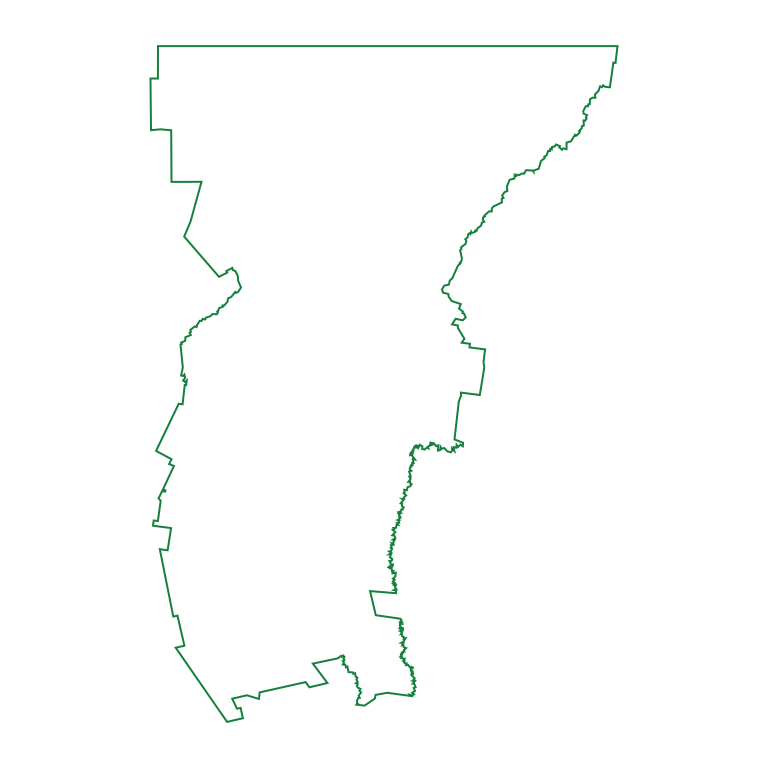 Brewarrina, New South Wales, Australia
{"feature_id": "25037944B28138275471855", "entity_name": "Brewarrina", "entity_type": "district", "adm_level": 2, "iso_a3": "AUS", "parent_name": "Australia", "parent_adm1": "New South Wales", "projection": "natural_earth1", "projection_center": [147.252, -29.95], "detail": "fine", "context": "isolated", "style": "outline", "palette": "green", "viewbox_px": 768, "rotation_deg": 0, "n_neighbors": 0, "source": "geoboundaries", "source_scale": "gbopen_adm2", "svg_char_len": 6111}
<svg xmlns="http://www.w3.org/2000/svg" viewBox="0 0 768 768"><path d="M387.2,692.8L411.2,696.0L410.2,694.9L412.3,695.5L414.0,694.3L412.1,692.9L415.0,691.0L413.7,687.9L415.6,687.1L414.0,683.4L412.9,683.5L414.6,681.4L413.0,680.9L414.8,680.3L413.6,679.5L414.6,678.1L411.4,675.1L411.5,673.8L413.1,673.9L412.6,671.3L411.6,671.8L410.7,669.9L412.9,667.8L411.6,666.8L410.4,667.8L408.0,664.8L406.2,665.2L406.6,663.4L405.2,663.5L404.0,662.2L404.5,661.0L403.3,660.8L404.6,658.7L401.3,658.2L401.8,656.7L400.4,656.7L402.4,653.8L401.2,653.9L401.9,652.4L404.4,651.6L403.8,650.3L406.1,648.1L403.8,647.3L403.4,645.1L402.2,645.3L403.4,643.1L401.4,642.8L403.5,641.8L405.5,638.3L403.7,638.8L404.0,637.2L402.1,636.1L401.9,634.1L400.9,634.2L402.0,632.7L400.6,631.3L402.8,630.7L403.0,629.0L400.6,629.9L401.9,628.1L399.7,628.1L400.8,626.5L399.8,625.7L400.0,623.7L401.6,623.9L400.3,622.5L402.1,622.4L400.7,620.9L401.5,620.1L400.3,618.7L375.8,615.2L370.1,591.1L396.0,593.2L396.3,590.7L393.9,590.1L396.3,589.1L394.9,587.0L395.6,585.8L393.9,585.0L395.5,584.2L393.2,583.3L394.5,582.6L392.9,581.4L394.6,579.7L393.0,578.7L395.2,576.7L395.8,572.7L392.7,573.4L393.4,571.1L392.1,571.5L392.0,569.4L388.4,567.3L389.7,566.1L390.4,567.4L392.4,566.7L392.0,565.4L393.8,564.3L391.3,564.6L389.9,562.2L390.6,561.6L389.8,561.0L391.8,560.6L392.3,559.0L389.9,557.2L391.3,553.8L389.4,554.2L391.0,552.8L389.2,551.4L391.2,551.0L392.1,548.7L390.7,547.9L391.6,546.6L390.9,545.3L392.8,544.8L391.9,543.4L393.5,544.0L393.1,542.7L394.7,539.8L393.0,539.7L395.3,538.0L394.4,535.6L392.3,535.3L395.3,532.1L392.7,529.8L394.1,529.1L393.4,528.0L396.0,527.8L396.7,524.6L398.1,524.8L396.9,523.2L399.1,522.7L398.5,521.7L399.4,520.5L397.9,520.0L399.4,519.3L399.3,517.2L400.4,517.3L399.5,515.7L398.7,516.3L399.6,514.9L398.4,513.5L400.7,513.0L398.9,512.0L400.8,511.3L401.5,509.3L402.6,509.6L403.6,507.3L402.0,506.1L402.1,503.8L400.7,503.4L403.6,499.8L402.2,498.9L404.2,498.9L404.0,497.4L406.1,495.4L403.0,492.8L404.7,493.2L404.2,489.8L406.9,490.2L407.5,487.2L410.4,486.2L411.6,484.2L410.3,483.7L410.1,481.6L408.5,481.8L410.6,478.8L409.3,476.6L410.7,476.4L409.1,471.5L411.3,470.8L409.7,469.0L410.5,466.4L411.4,466.5L411.1,465.3L412.6,465.1L412.1,462.9L413.6,463.0L412.9,459.2L415.0,459.6L411.8,455.3L412.2,454.4L410.1,455.1L410.4,453.4L411.6,452.0L412.7,453.3L413.4,450.4L412.0,449.6L413.5,449.8L414.2,447.0L416.7,447.9L414.7,446.5L416.1,445.3L417.5,445.8L416.2,446.2L418.2,448.2L419.7,444.8L422.4,446.4L422.1,448.9L424.5,449.6L426.8,447.7L428.3,448.3L427.7,447.0L430.1,445.0L430.5,442.6L432.8,443.1L431.5,445.0L434.4,443.8L436.1,446.2L438.3,445.3L438.0,450.6L440.4,449.9L440.7,447.2L441.7,448.8L444.2,448.0L447.3,451.3L450.8,452.3L452.2,450.5L452.0,448.5L454.4,451.0L453.7,447.1L456.3,447.7L456.6,444.9L458.0,446.9L460.4,444.7L462.8,446.3L463.1,442.8L454.5,439.4L458.8,401.5L461.0,395.9L460.9,392.6L479.8,395.0L484.3,367.5L483.5,362.2L485.1,349.4L469.5,347.4L469.9,343.8L461.7,342.7L464.4,338.8L457.9,327.9L457.8,325.4L452.1,324.4L455.6,318.8L462.8,320.3L465.7,317.5L464.1,313.7L462.5,313.1L462.9,311.6L459.0,308.6L460.8,304.1L451.7,301.0L448.7,296.7L448.3,294.0L443.1,292.7L442.0,289.4L444.3,285.6L448.9,284.6L449.8,280.5L452.3,278.3L458.0,265.5L460.4,263.6L459.8,262.7L461.4,261.3L461.9,258.4L460.1,250.2L461.4,249.1L461.0,247.4L465.6,243.8L466.3,240.4L465.3,239.2L467.7,237.2L468.2,234.3L469.5,233.3L470.3,234.1L471.1,231.8L471.6,233.0L474.7,232.1L475.4,230.4L476.5,230.9L477.7,228.1L480.9,225.8L482.0,222.6L484.2,221.8L482.8,219.7L483.2,217.3L485.0,216.3L484.5,215.4L489.2,211.3L491.7,211.5L491.9,208.3L493.4,206.5L501.9,202.4L501.7,198.7L503.5,197.9L502.1,195.4L504.6,192.1L507.3,191.1L506.9,186.4L509.6,179.8L514.4,178.5L514.7,175.7L515.8,175.9L515.1,174.6L519.1,175.1L522.1,173.4L524.1,173.7L526.0,170.2L532.6,170.5L533.5,171.7L533.4,170.6L538.7,168.8L541.0,161.0L544.7,158.0L544.3,156.7L546.6,155.3L548.1,151.0L550.1,151.0L550.0,149.1L551.2,148.2L551.8,149.0L552.2,146.9L554.7,146.5L556.0,144.5L559.9,146.1L559.3,147.3L562.0,149.8L563.0,148.4L566.5,149.2L566.6,142.6L571.0,141.3L574.1,136.1L575.6,135.9L575.3,134.8L576.9,135.2L579.1,133.3L580.0,131.1L579.2,130.8L581.7,128.3L581.8,126.3L583.8,125.6L583.6,120.5L584.9,120.8L586.6,118.6L585.9,117.3L587.0,115.1L583.7,113.8L583.2,111.2L585.8,106.2L588.0,106.3L588.3,104.3L589.8,104.2L589.9,99.3L592.6,97.6L595.3,97.8L594.9,94.5L598.5,90.9L600.1,86.3L602.1,87.1L603.2,85.3L605.1,86.8L609.9,87.3L613.4,62.6L615.5,62.9L617.5,46.1L158.0,46.1L157.9,78.5L150.5,78.5L151.0,130.2L160.4,129.3L171.2,130.3L171.5,181.9L201.5,181.8L190.5,221.6L184.2,236.6L219.0,276.8L227.2,272.6L226.4,271.0L232.3,267.9L233.0,270.1L235.4,271.1L237.8,275.9L238.1,280.6L241.0,287.5L238.1,292.0L235.8,292.9L235.2,292.0L231.1,297.1L228.1,298.3L227.5,301.7L224.3,305.4L222.7,305.4L223.0,306.6L219.1,308.2L218.0,311.6L216.7,311.0L217.9,312.4L216.9,314.2L212.4,314.1L210.4,316.2L205.9,317.7L205.1,319.5L202.8,318.8L201.6,320.9L199.7,320.8L197.4,324.7L196.5,324.2L197.2,325.2L196.5,327.1L194.8,326.4L190.3,329.9L190.9,331.8L189.6,332.6L190.8,335.0L185.4,337.3L185.2,340.8L181.1,342.6L181.8,344.0L180.5,344.6L182.8,367.6L181.1,375.5L183.0,376.0L184.3,374.5L185.2,377.8L183.1,380.5L185.0,382.0L186.7,380.4L186.2,385.1L184.7,385.0L182.6,404.3L178.7,403.8L156.1,450.9L171.5,459.2L169.1,464.0L173.9,466.0L162.9,489.6L165.4,490.3L165.3,491.5L162.1,491.1L158.6,498.5L160.7,500.7L157.9,521.0L153.7,520.5L153.0,525.7L171.1,528.1L167.6,550.3L159.8,549.2L173.3,616.6L177.5,615.6L184.4,645.7L175.7,647.7L227.1,721.9L242.9,718.2L240.6,707.9L237.0,708.7L232.2,698.7L246.8,695.3L258.9,698.9L259.7,692.4L305.6,682.1L309.4,687.3L327.4,683.0L312.9,663.6L338.0,658.3L340.9,655.9L341.7,656.7L343.2,655.5L344.5,656.9L343.4,658.2L344.4,659.9L342.9,661.0L344.0,662.3L342.9,664.6L345.3,664.6L345.9,667.3L347.4,666.6L348.5,672.1L352.9,672.4L353.3,673.8L355.1,673.2L355.6,676.5L357.4,677.7L356.4,679.7L357.7,681.8L355.9,683.2L357.7,684.0L356.9,685.9L357.8,687.6L360.5,688.9L359.4,690.7L361.1,692.4L358.7,695.7L359.7,697.8L358.3,697.9L357.2,700.1L356.9,703.2L357.9,703.9L356.8,704.7L364.6,705.6L374.8,698.6L375.6,694.9L387.2,692.8Z" fill="none" stroke="#15803d" stroke-width="2"/></svg>